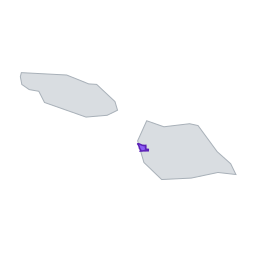 Faasaleleaga III, Fa'asaleleaga, Samoa shown in context, rotated 183°
{"feature_id": "51752279B1430525557017", "entity_name": "Faasaleleaga III", "entity_type": "district", "adm_level": 2, "iso_a3": "WSM", "parent_name": "Samoa", "parent_adm1": "Fa'asaleleaga", "projection": "albers", "projection_center": [-172.2, -13.646], "detail": "fine", "context": "in_parent", "style": "filled", "palette": "violet", "viewbox_px": 256, "rotation_deg": 183, "n_neighbors": 0, "source": "geoboundaries", "source_scale": "gbopen_adm2", "svg_char_len": 1429}
<svg xmlns="http://www.w3.org/2000/svg" viewBox="0 0 256 256"><g transform="rotate(183 128 128)"><path d="M91.7,78.3L110.3,94.4L117.7,115.7L109.7,136.2L92.2,131.1L66.7,135.5L58.2,134.1L37.7,109.0L23.6,97.7L17.8,87.2L35.9,88.3L62.2,81.3L91.7,78.3ZM237.4,177.7L192.0,177.7L169.6,170.0L161.6,169.9L142.4,153.7L139.4,145.2L149.5,139.6L170.5,136.7L212.7,149.1L219.0,160.0L228.7,161.2L236.3,165.9L238.2,173.6L237.4,177.7Z" fill="#d9dde1" stroke="#a8b0b8" stroke-width="1"/><path d="M117.5,112.5L117.4,112.4L117.2,112.2L117.0,111.9L116.8,111.6L116.6,111.4L116.5,111.2L116.3,110.9L116.2,110.7L116.1,110.4L116.0,110.1L115.9,110.0L115.9,109.9L115.8,109.7L115.7,109.4L115.7,109.0L115.7,108.9L115.7,108.7L115.4,108.6L115.3,108.4L115.2,108.3L115.2,108.2L115.1,107.9L115.0,107.7L114.9,107.5L114.7,107.4L114.5,107.2L114.4,107.1L114.3,106.8L114.3,106.7L114.2,106.6L114.3,106.4L114.3,106.2L114.5,105.9L114.6,105.6L112.4,105.8L111.6,106.0L111.4,106.0L111.2,106.0L106.6,106.3L106.6,107.1L106.6,107.7L109.4,107.8L109.1,109.0L109.3,109.5L109.6,109.8L109.4,109.9L109.2,110.0L109.2,110.7L109.2,110.9L109.3,111.2L109.4,111.4L109.4,111.6L109.8,111.5L110.0,111.5L110.3,111.5L110.5,111.4L110.8,111.4L111.2,111.5L111.3,111.4L111.4,111.5L112.2,111.4L113.0,111.6L113.6,111.8L114.4,112.1L114.7,112.2L115.1,112.4L116.0,112.7L116.4,112.8L116.9,112.8L117.1,112.8L117.4,112.6L117.5,112.6L117.5,112.5Z" fill="#8b5cf6" stroke="#5b21b6" stroke-width="1.5"/></g></svg>